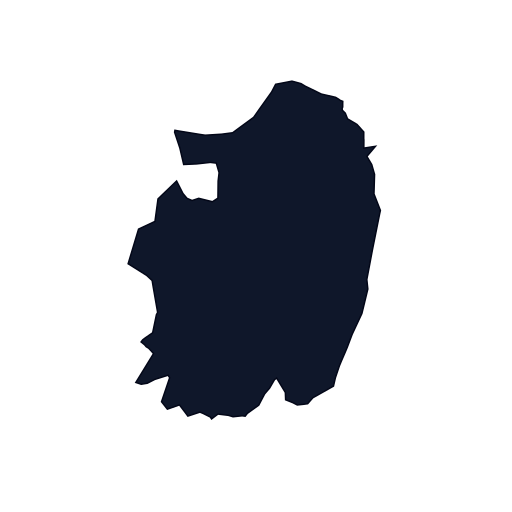 Igbo-Eze North, Enugu, Nigeria, rotated 39°
{"feature_id": "59680162B31217574251855", "entity_name": "Igbo-Eze North", "entity_type": "district", "adm_level": 2, "iso_a3": "NGA", "parent_name": "Nigeria", "parent_adm1": "Enugu", "projection": "equal_earth", "projection_center": [7.451, 7.008], "detail": "fine", "context": "isolated", "style": "filled", "palette": "ink", "viewbox_px": 512, "rotation_deg": 39, "n_neighbors": 0, "source": "geoboundaries", "source_scale": "gbopen_adm2", "svg_char_len": 1623}
<svg xmlns="http://www.w3.org/2000/svg" viewBox="0 0 512 512"><g transform="rotate(39 256 256)"><path d="M398.1,308.4L394.3,300.6L389.9,288.8L388.4,283.7L386.0,275.1L384.4,269.6L380.0,256.3L374.5,234.1L372.2,229.2L363.7,211.3L356.9,204.5L349.6,190.9L342.6,177.9L325.5,145.3L324.0,142.3L308.6,133.5L296.8,118.0L288.4,112.1L279.5,108.8L279.8,95.6L271.9,104.3L266.8,97.9L265.9,97.0L261.7,91.8L251.7,90.2L240.8,91.8L235.5,88.8L231.7,88.4L231.2,88.2L230.2,87.3L229.6,85.6L227.4,82.9L226.1,81.2L223.2,82.1L221.6,82.1L218.0,82.6L215.9,83.6L204.9,89.0L191.3,92.1L187.6,93.0L182.5,93.7L177.0,96.1L173.9,97.5L163.2,110.2L164.9,118.6L165.6,129.9L166.2,139.7L166.9,149.7L162.0,168.3L160.3,174.9L152.6,183.0L140.5,194.1L135.4,197.1L117.4,207.4L115.4,208.5L113.9,209.3L114.8,211.0L129.0,220.1L142.2,230.4L151.9,221.8L161.6,212.0L166.7,208.8L174.9,214.5L179.4,221.6L190.0,235.0L188.0,241.2L175.2,247.2L171.4,253.1L166.1,254.6L159.9,253.4L147.1,247.7L143.9,273.3L155.7,292.7L147.8,309.0L161.5,342.5L183.2,339.9L190.7,340.4L195.3,344.5L215.1,361.8L215.5,364.2L224.0,380.7L221.5,389.2L220.7,392.5L220.8,395.1L225.3,395.1L227.8,395.6L230.7,395.2L232.7,395.5L237.8,396.3L242.2,429.9L247.5,427.9L251.6,423.3L255.0,415.6L262.7,404.0L265.5,404.9L274.3,428.7L283.5,430.8L290.2,419.9L299.6,422.2L303.8,423.3L310.7,412.6L314.1,411.6L321.9,409.9L324.0,410.6L325.9,402.8L334.8,397.2L339.3,395.4L345.8,388.9L348.4,387.3L348.3,383.8L352.0,370.2L349.5,357.7L349.7,350.1L348.2,340.4L348.9,337.9L364.7,343.6L369.5,349.1L376.9,346.8L381.8,345.8L386.3,341.3L389.1,338.3L389.4,330.4L398.1,308.4Z" fill="#0f172a" stroke="#020617" stroke-width="1.5"/></g></svg>